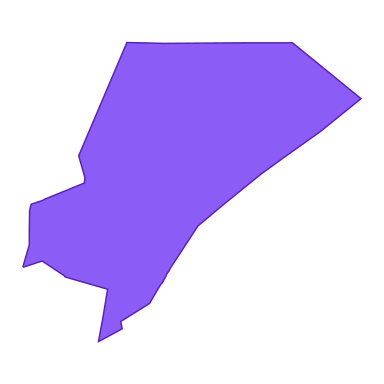 the district of Boutilimitt, Trarza, Mauritania
{"feature_id": "47542326B79459539986617", "entity_name": "Boutilimitt", "entity_type": "district", "adm_level": 2, "iso_a3": "MRT", "parent_name": "Mauritania", "parent_adm1": "Trarza", "projection": "orthographic", "projection_center": [-14.406, 17.884], "detail": "fine", "context": "isolated", "style": "filled", "palette": "violet", "viewbox_px": 384, "rotation_deg": 0, "n_neighbors": 0, "source": "geoboundaries", "source_scale": "gbopen_adm2", "svg_char_len": 649}
<svg xmlns="http://www.w3.org/2000/svg" viewBox="0 0 384 384"><path d="M126.9,42.5L78.7,155.8L84.6,176.5L84.9,178.7L84.4,183.0L44.9,199.1L42.4,200.5L31.2,204.2L29.6,210.2L29.3,231.8L29.3,244.9L23.0,266.5L23.5,267.1L42.1,261.0L64.4,275.8L65.2,277.0L107.6,289.2L103.2,316.0L98.5,341.5L107.8,336.6L122.2,328.8L120.7,321.5L149.6,303.4L157.5,289.8L159.7,286.2L160.6,284.7L162.6,282.4L164.0,279.5L165.3,277.4L166.0,276.1L166.8,273.8L169.3,270.5L170.2,268.4L198.0,225.9L205.9,219.3L222.9,205.0L261.0,174.1L281.5,159.2L320.0,131.8L361.0,98.7L292.5,42.8L276.4,42.8L248.2,42.8L164.1,43.4L126.9,42.5Z" fill="#8b5cf6" stroke="#5b21b6" stroke-width="1.5"/></svg>